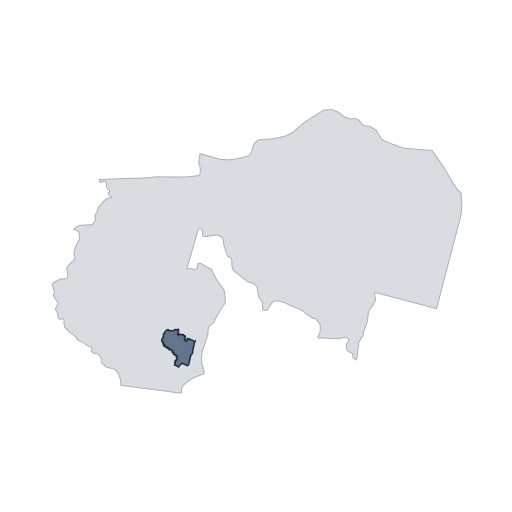 Kawambwa, Luapula, Zambia (highlighted), rotated 196°
{"feature_id": "96606910B68487362337591", "entity_name": "Kawambwa", "entity_type": "district", "adm_level": 2, "iso_a3": "ZMB", "parent_name": "Zambia", "parent_adm1": "Luapula", "projection": "albers", "projection_center": [29.568, -9.766], "detail": "fine", "context": "in_parent", "style": "filled", "palette": "slate", "viewbox_px": 512, "rotation_deg": 196, "n_neighbors": 0, "source": "geoboundaries", "source_scale": "gbopen_adm2", "svg_char_len": 8167}
<svg xmlns="http://www.w3.org/2000/svg" viewBox="0 0 512 512"><g transform="rotate(196 256 256)"><path d="M338.0,339.0L316.8,339.1L309.0,340.8L302.7,343.4L295.1,347.5L290.8,350.3L289.6,351.9L289.0,355.4L289.0,360.7L288.3,364.6L286.0,368.1L274.5,372.4L267.0,375.9L259.7,380.1L254.2,385.5L250.4,392.1L244.2,400.2L231.1,414.9L223.5,417.6L217.1,417.1L209.3,414.1L203.2,413.6L198.7,415.5L194.5,415.0L190.6,412.0L187.3,410.9L184.7,411.8L181.4,411.7L175.3,410.1L169.9,405.0L167.0,402.9L164.8,402.1L158.5,401.3L144.0,400.3L129.0,403.2L115.8,406.0L102.1,394.7L88.9,382.7L86.0,379.7L81.1,375.7L77.5,373.8L76.1,372.8L72.3,361.9L70.2,351.9L68.0,255.1L127.8,253.9L131.7,253.5L131.8,252.4L129.0,247.3L129.1,245.4L129.8,241.9L132.3,234.8L132.4,232.5L131.1,224.8L131.1,220.6L131.7,211.9L131.2,209.0L132.5,205.1L133.0,202.5L133.5,201.4L132.8,198.4L131.4,188.2L130.6,183.9L134.3,184.5L135.5,186.6L136.2,188.9L137.8,189.0L142.2,190.3L143.7,192.2L144.7,196.3L144.1,198.4L142.8,200.1L144.2,201.6L147.1,202.6L148.7,202.2L153.5,199.4L158.0,198.2L160.2,197.5L170.2,195.5L172.1,194.5L173.5,194.5L174.5,195.3L173.6,198.2L173.4,200.8L174.7,205.7L175.6,207.9L177.7,209.6L179.2,210.4L180.9,212.2L184.4,211.8L192.0,214.2L194.3,215.4L197.5,216.5L199.8,216.9L207.6,217.7L215.9,219.0L220.2,219.1L223.2,218.7L225.4,218.0L226.7,217.2L227.3,216.5L230.3,207.2L231.9,206.4L233.9,205.9L235.2,206.8L236.5,212.6L242.6,217.9L244.6,222.3L246.1,226.1L247.4,227.1L249.7,228.4L253.3,228.9L256.6,229.0L272.7,235.4L274.5,236.6L276.5,240.0L277.7,243.9L278.9,247.0L281.0,247.6L282.9,247.8L284.7,249.9L286.1,251.8L290.9,259.4L291.5,262.4L293.9,264.5L297.0,265.3L299.9,265.4L301.5,264.5L305.6,262.9L308.8,261.1L311.2,260.5L312.6,260.9L313.6,262.1L314.3,265.9L316.6,267.2L318.3,266.7L318.9,265.2L318.9,264.5L318.9,224.6L317.5,224.9L315.6,226.0L311.4,226.1L309.7,227.0L309.2,228.3L309.5,229.9L309.6,232.2L309.0,233.2L307.1,233.7L304.4,232.8L299.5,231.7L295.4,231.0L292.5,228.0L288.5,223.5L285.9,221.2L279.6,216.5L278.6,215.6L276.6,213.4L275.0,209.6L273.4,205.3L272.6,202.6L274.1,198.3L277.7,184.5L278.5,180.1L281.6,175.8L281.8,171.8L280.5,166.8L280.8,164.0L281.2,148.2L280.4,143.2L278.3,137.6L273.7,129.9L273.7,128.3L280.7,123.2L282.8,121.3L286.4,117.3L288.9,113.8L290.5,111.0L291.0,107.3L289.8,103.9L292.2,103.2L350.2,94.4L351.0,96.7L352.7,100.7L354.7,103.6L357.2,106.1L359.3,107.7L360.7,108.2L369.6,108.0L372.8,109.6L375.6,111.6L376.3,114.6L378.1,116.5L380.1,118.0L380.9,118.2L382.4,117.9L384.7,117.8L387.0,118.5L388.0,119.2L388.1,121.7L388.8,122.9L391.8,123.3L394.8,123.5L397.8,125.3L401.0,125.6L404.7,126.3L406.4,128.2L410.3,130.1L415.1,131.9L420.4,134.7L420.5,135.6L421.4,137.3L422.3,138.5L422.4,140.2L422.8,141.9L424.1,142.3L425.3,142.4L426.3,141.2L427.7,141.3L429.3,142.0L429.8,143.9L431.0,146.4L432.9,148.2L434.2,149.9L433.7,152.9L432.9,155.6L435.5,158.4L438.9,161.0L439.8,162.2L440.1,166.0L440.6,167.3L442.9,170.6L444.0,172.7L443.9,173.9L437.6,180.2L433.7,181.1L432.0,182.4L430.9,183.7L433.4,190.1L434.7,192.5L433.5,195.5L431.0,200.5L429.8,201.0L429.6,204.8L430.3,206.2L431.6,207.4L432.0,210.0L431.9,216.5L430.2,223.8L433.0,230.3L433.9,231.0L437.8,231.1L438.5,231.6L437.5,233.5L434.8,236.3L429.8,238.4L422.6,240.8L421.1,243.1L420.1,246.5L420.9,248.4L421.8,249.6L421.5,252.5L420.8,255.7L421.0,258.1L420.7,260.3L419.7,261.3L418.5,264.6L416.9,267.9L415.7,269.3L413.9,270.9L411.0,272.2L411.1,272.8L414.3,274.4L415.1,275.4L415.4,276.2L414.0,277.8L415.5,278.8L417.3,279.7L418.9,281.9L420.9,286.0L421.2,286.4L421.8,286.5L422.8,286.1L424.8,284.4L426.2,283.8L427.9,286.2L398.1,296.1L391.1,298.1L380.7,301.7L377.3,303.0L374.6,304.3L346.9,312.1L342.6,313.6L332.8,317.7L332.5,318.3L332.6,320.2L333.4,324.0L335.1,327.4L336.6,329.4L337.5,334.5L338.0,339.0Z" fill="#d9dde1" stroke="#a8b0b8" stroke-width="1"/><path d="M310.4,164.1L310.6,164.1L310.6,163.9L310.8,163.7L311.2,163.6L311.4,163.4L311.6,163.4L312.2,163.0L312.7,163.1L313.1,163.0L313.3,163.0L313.7,163.0L313.9,162.8L314.2,162.2L314.2,161.7L318.4,160.3L318.7,160.3L319.0,160.4L319.3,160.6L319.6,160.7L319.8,160.7L319.8,160.8L319.9,161.0L320.3,161.1L320.4,160.8L320.5,160.8L320.7,160.3L320.9,160.2L321.1,160.2L321.8,159.7L322.2,159.1L322.3,158.6L322.5,158.4L322.5,158.0L322.6,157.5L322.6,157.4L323.0,156.1L323.5,155.5L323.4,155.4L323.5,155.3L323.3,155.0L323.2,154.2L323.0,153.9L322.9,153.7L322.9,153.3L322.7,153.1L322.7,152.9L322.8,152.8L322.7,152.7L322.7,152.3L322.8,152.0L323.0,152.0L323.0,151.7L323.1,151.3L323.2,151.1L323.1,150.5L323.2,150.2L323.5,149.9L323.5,149.5L323.3,149.1L323.1,148.7L323.1,148.1L322.9,148.0L322.7,147.9L322.6,147.7L322.3,147.6L322.2,147.6L321.8,147.7L321.7,147.5L321.6,147.4L321.5,147.5L321.3,147.4L321.2,147.1L321.0,146.9L321.2,146.6L321.4,146.6L321.2,146.2L320.8,146.0L320.6,146.1L320.5,145.9L320.2,145.6L320.1,145.4L319.9,145.4L320.0,145.3L319.8,145.3L319.8,145.1L319.7,145.0L319.7,144.9L319.8,144.8L319.7,144.6L319.5,144.4L319.6,144.2L319.4,144.1L319.4,143.9L319.2,143.8L318.9,144.0L318.7,144.0L318.4,143.9L318.3,144.0L318.1,143.9L318.0,144.0L317.7,144.0L317.3,144.1L317.2,144.0L316.9,143.8L316.8,143.7L316.9,143.4L316.6,143.3L316.5,143.5L316.4,143.4L316.4,143.5L316.2,143.5L316.1,143.4L315.9,143.2L315.7,143.2L315.7,143.3L315.6,143.2L315.4,143.2L315.0,143.0L314.9,142.9L314.4,142.7L314.2,142.8L314.1,142.7L314.1,142.8L314.0,142.7L313.7,142.7L313.4,142.6L313.2,142.5L313.0,142.4L313.0,142.2L312.9,142.3L312.7,142.3L312.5,142.5L312.4,142.5L312.4,142.4L311.8,142.4L311.3,142.0L311.0,141.9L310.8,141.9L310.7,142.1L310.4,141.7L310.2,141.6L310.2,141.1L310.3,141.0L310.2,140.7L309.6,141.0L309.3,140.5L308.9,140.3L308.7,140.3L308.5,140.5L308.3,140.5L308.2,140.4L308.2,140.2L308.4,139.9L308.3,139.4L308.5,139.2L308.4,139.0L307.6,138.9L307.6,138.7L307.0,138.5L306.6,138.4L306.1,138.6L306.1,138.9L305.9,138.9L305.7,138.8L305.7,138.7L305.6,138.4L305.3,138.3L305.3,138.2L305.2,138.1L304.8,138.3L304.7,138.3L304.6,138.1L304.6,137.9L304.4,137.8L304.4,137.6L304.6,137.5L304.6,137.3L304.7,137.2L304.3,136.8L304.4,136.6L304.3,136.3L304.4,136.2L304.2,136.0L303.9,135.8L303.8,135.6L303.7,135.3L303.7,135.1L303.8,134.9L303.6,134.6L303.8,134.5L303.9,134.4L303.9,134.0L303.7,133.9L303.7,133.5L304.0,133.4L304.1,133.5L304.5,133.6L304.6,133.2L304.8,133.0L304.8,132.8L304.9,132.4L304.5,131.9L304.5,131.6L304.7,131.3L304.4,131.1L304.3,130.7L304.1,130.7L304.1,130.2L304.1,129.9L304.3,129.4L304.3,128.8L303.1,128.8L299.8,127.9L299.2,129.7L298.5,131.0L297.6,132.5L294.1,132.0L291.9,131.6L291.2,132.3L290.9,132.7L290.8,133.1L290.8,133.4L290.9,135.1L291.0,136.2L291.0,137.4L291.1,138.4L291.2,140.2L291.3,140.6L291.3,141.3L291.2,142.4L290.7,143.7L290.5,144.9L290.2,145.5L290.3,145.8L290.2,146.2L290.7,147.4L291.0,148.7L291.1,148.8L290.8,149.9L290.8,150.4L291.1,150.8L291.0,151.6L291.0,152.8L291.3,155.2L291.1,157.2L291.4,156.9L293.5,157.4L295.6,157.6L295.8,157.6L296.1,157.8L296.3,157.8L296.5,157.9L297.5,157.6L297.9,157.9L298.4,157.9L298.5,157.9L298.8,158.0L298.9,157.9L298.7,157.7L298.8,157.5L298.7,157.4L298.8,157.4L298.7,157.2L298.9,157.1L298.8,156.9L299.0,156.8L298.9,156.6L299.0,156.4L298.9,156.2L299.0,156.2L298.9,155.8L299.0,155.6L299.0,155.4L299.1,155.1L299.3,155.0L299.6,154.9L299.8,155.0L300.0,155.0L300.1,154.9L300.7,155.1L300.8,155.3L301.1,155.4L301.1,155.5L301.3,155.6L301.5,155.9L301.6,156.1L301.4,156.3L301.5,156.4L301.4,156.5L301.5,156.5L301.3,156.8L301.3,157.1L301.5,157.4L301.5,157.5L301.6,157.8L301.8,157.8L301.9,158.2L302.0,158.3L301.9,158.4L301.8,158.6L302.0,158.8L301.9,159.0L302.0,159.0L302.2,159.3L302.3,159.4L302.3,159.5L302.5,159.5L302.7,159.8L302.8,160.0L302.8,159.8L303.1,159.9L303.3,159.9L303.4,159.7L303.5,159.8L303.6,159.7L303.8,159.8L303.9,160.0L304.0,160.1L304.2,160.3L304.3,160.4L304.6,160.3L304.5,160.2L304.8,160.1L305.0,160.1L305.2,159.9L305.3,160.0L305.5,160.0L305.8,159.9L306.1,159.9L306.3,159.9L306.5,159.8L306.5,159.7L306.8,159.6L307.0,159.6L307.2,159.8L307.3,159.8L307.3,159.7L307.3,159.8L307.5,159.9L307.6,160.0L307.8,159.9L308.1,159.8L308.1,159.6L308.3,159.5L308.5,159.6L308.8,159.3L308.8,159.1L309.0,159.1L309.3,158.9L309.3,158.7L309.6,159.0L309.8,159.0L309.9,159.4L309.8,159.5L309.6,162.3L309.7,162.6L309.9,162.9L310.2,163.1L310.3,163.6L310.5,163.7L310.4,164.1Z" fill="#64748b" stroke="#1e293b" stroke-width="1.5"/></g></svg>